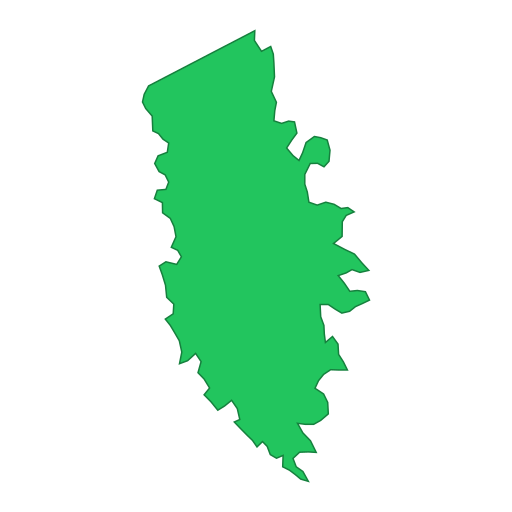 outline of Sul Brasil, Santa Catarina, Brazil
{"feature_id": "56859067B48217728090454", "entity_name": "Sul Brasil", "entity_type": "district", "adm_level": 2, "iso_a3": "BRA", "parent_name": "Brazil", "parent_adm1": "Santa Catarina", "projection": "equal_earth", "projection_center": [-52.938, -26.7], "detail": "fine", "context": "isolated", "style": "filled", "palette": "green", "viewbox_px": 512, "rotation_deg": 0, "n_neighbors": 0, "source": "geoboundaries", "source_scale": "gbopen_adm2", "svg_char_len": 2053}
<svg xmlns="http://www.w3.org/2000/svg" viewBox="0 0 512 512"><path d="M254.8,30.7L148.6,85.9L144.2,94.3L142.5,102.0L145.7,108.5L152.2,116.1L152.8,130.9L158.5,133.6L163.0,139.2L168.7,143.0L167.3,152.3L158.1,155.8L154.7,163.5L159.1,171.6L165.2,174.9L168.7,182.1L165.9,189.4L157.3,190.2L154.4,198.7L162.4,202.6L162.6,212.8L170.3,218.4L174.1,226.6L176.0,236.7L171.3,247.3L177.7,250.3L181.4,256.8L176.7,264.4L165.9,261.8L159.2,266.1L162.3,274.7L165.5,285.2L166.7,297.3L173.8,304.1L173.2,313.8L165.3,319.1L170.3,325.4L174.2,331.9L179.3,340.7L181.8,352.1L179.5,363.7L187.6,360.7L195.6,353.4L201.1,361.6L198.0,372.7L204.1,379.0L209.6,388.0L204.1,394.8L210.8,401.6L217.8,410.2L224.7,405.9L231.6,400.3L237.3,408.6L239.8,419.5L234.3,422.0L240.8,428.8L247.5,435.6L252.5,440.4L257.0,446.9L262.5,441.6L267.2,446.4L270.3,454.6L276.5,458.2L283.1,455.4L282.7,466.8L289.5,470.2L295.2,474.5L300.7,479.1L308.3,481.3L302.9,471.5L296.2,466.8L293.0,458.4L299.6,452.2L308.5,451.9L316.2,452.4L310.5,440.8L302.8,432.8L297.5,423.3L305.2,424.3L313.7,424.3L320.7,420.4L328.3,413.9L327.7,402.4L323.6,394.0L315.0,388.3L318.5,380.7L323.6,374.4L330.6,369.7L339.0,370.0L347.4,370.0L343.4,361.9L338.6,354.4L338.0,344.1L332.5,336.5L325.4,342.5L324.3,333.8L323.9,325.4L320.7,316.7L320.1,304.5L328.3,304.5L335.1,309.1L341.8,313.1L349.6,311.3L355.5,306.6L362.2,303.6L369.5,300.1L365.4,291.7L357.3,290.5L349.8,291.3L344.3,283.2L338.2,275.6L346.2,272.9L352.0,269.6L360.0,272.4L368.8,270.4L361.8,262.8L354.5,254.1L344.9,249.5L333.5,243.5L342.1,236.4L342.3,221.7L346.2,215.4L354.1,211.9L347.8,207.6L341.1,208.5L334.1,204.3L325.8,202.2L317.2,205.1L308.9,202.2L307.3,192.0L304.8,184.2L304.8,174.4L310.2,163.5L317.6,163.3L324.0,166.8L329.0,161.3L330.0,150.2L327.2,140.0L320.7,137.7L314.4,136.5L306.1,142.5L302.6,152.8L299.0,160.5L293.0,155.6L286.6,148.0L291.8,140.0L296.9,133.1L294.5,121.9L288.6,121.1L281.6,123.4L273.9,120.8L274.8,110.6L276.4,102.3L271.3,91.4L274.5,76.9L273.9,63.1L273.3,54.1L270.7,46.5L261.5,51.3L254.4,40.5L254.8,30.7Z" fill="#22c55e" stroke="#15803d" stroke-width="1.5"/></svg>